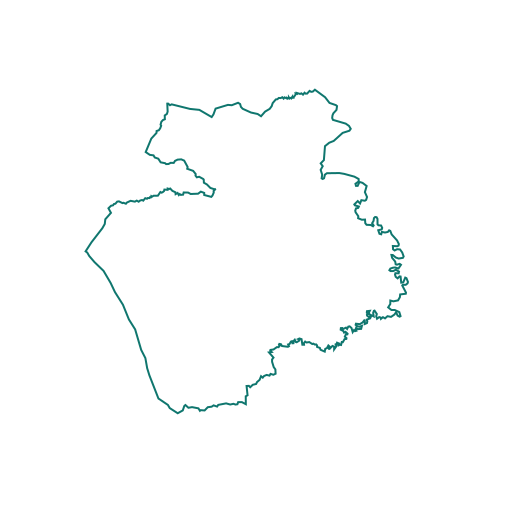 Khok Pho Chai, Khon Kaen, Thailand (Mercator projection), rotated 295°
{"feature_id": "78962969B36064569577825", "entity_name": "Khok Pho Chai", "entity_type": "district", "adm_level": 2, "iso_a3": "THA", "parent_name": "Thailand", "parent_adm1": "Khon Kaen", "projection": "mercator", "projection_center": [102.392, 16.069], "detail": "fine", "context": "isolated", "style": "outline", "palette": "teal", "viewbox_px": 512, "rotation_deg": 295, "n_neighbors": 0, "source": "geoboundaries", "source_scale": "gbopen_adm2", "svg_char_len": 6151}
<svg xmlns="http://www.w3.org/2000/svg" viewBox="0 0 512 512"><g transform="rotate(295 256 256)"><path d="M431.6,239.1L429.0,238.0L428.1,236.6L428.3,234.8L424.8,233.7L424.1,232.3L424.5,231.0L422.1,230.4L422.6,228.4L421.5,227.4L421.0,223.9L420.2,224.4L420.0,223.2L419.4,223.7L416.4,223.2L415.6,222.4L415.2,222.9L414.7,222.1L415.6,221.6L413.8,221.3L414.1,220.8L413.1,219.6L413.6,218.8L412.7,219.2L412.7,218.2L411.8,217.8L412.4,216.7L411.8,216.3L411.8,214.8L410.3,214.5L411.0,212.7L409.6,211.7L408.9,209.9L407.1,209.1L406.3,207.8L401.6,206.5L398.4,206.9L395.1,206.2L390.7,203.2L384.8,201.5L385.4,197.5L383.9,190.8L383.8,181.7L384.8,179.3L387.0,177.4L387.3,175.0L382.4,170.3L381.1,166.7L372.5,157.1L366.3,157.6L363.2,157.1L364.5,142.9L361.4,134.0L357.8,115.5L356.3,114.3L357.0,112.0L356.6,111.2L349.5,114.9L347.1,115.2L344.8,113.9L341.4,115.6L339.9,114.2L337.6,113.5L334.7,114.0L334.0,115.0L331.2,115.2L328.9,114.8L327.3,113.1L325.5,113.8L318.2,111.5L303.6,112.1L302.8,117.0L303.9,120.6L302.5,122.6L302.9,126.3L300.6,130.0L301.7,134.4L301.3,135.7L302.4,137.8L304.4,139.3L305.6,142.1L308.0,142.4L310.2,144.2L312.0,147.4L312.1,150.6L307.8,156.4L306.0,156.8L306.6,163.1L304.8,166.7L303.3,167.2L302.3,169.1L303.8,171.0L303.5,175.5L303.2,176.3L300.4,177.8L300.1,181.3L298.4,185.9L298.9,190.1L299.8,191.1L297.0,190.1L295.6,190.9L292.4,191.0L290.7,190.5L289.4,183.3L291.3,182.4L291.0,178.8L288.0,177.2L284.6,170.6L284.8,167.7L283.0,163.6L280.8,164.0L279.6,162.0L279.9,160.7L278.6,160.3L280.0,158.3L278.1,157.0L279.7,156.0L279.7,152.7L280.9,149.7L280.0,149.0L279.8,147.4L278.6,147.9L277.5,144.9L276.0,145.2L274.5,144.5L273.5,143.7L273.6,142.3L269.2,141.6L267.3,137.7L265.8,136.7L266.0,135.8L264.8,136.0L264.4,135.0L263.5,135.0L262.7,133.3L261.8,133.0L261.6,131.2L258.5,130.4L258.6,129.1L257.4,127.6L255.6,126.7L255.8,124.5L254.1,123.3L253.0,119.0L249.9,116.4L248.4,116.0L248.2,113.3L247.5,112.6L247.6,108.7L246.6,107.2L244.0,106.5L243.1,105.3L241.5,105.0L240.3,103.4L236.9,102.1L233.8,106.3L225.6,103.9L221.1,105.4L216.2,105.0L198.9,101.1L188.2,99.6L187.8,101.6L185.5,104.9L182.2,112.2L178.1,124.1L170.1,135.7L163.7,143.4L155.6,156.0L144.8,167.6L138.4,177.5L122.4,191.6L116.7,198.9L108.3,204.8L102.8,209.8L85.6,227.8L83.8,239.1L81.7,242.1L80.4,251.5L85.1,254.9L89.7,254.4L91.1,255.0L89.9,258.9L92.0,261.9L93.6,268.2L92.0,270.6L92.9,271.0L94.3,274.7L98.6,276.2L100.7,279.5L102.7,280.7L103.1,284.4L105.1,284.7L109.8,291.2L110.5,295.4L112.5,298.0L112.7,300.2L113.8,301.8L116.0,301.6L117.6,305.0L117.4,309.4L124.5,306.0L126.2,307.2L134.2,302.4L135.3,304.4L134.6,306.2L137.9,307.5L140.1,310.2L142.1,310.2L145.3,311.6L149.2,311.4L148.6,313.5L150.6,314.0L152.7,315.9L153.3,318.8L155.3,319.0L155.7,321.9L157.6,323.5L161.4,321.5L162.8,319.0L166.9,315.3L169.0,314.3L171.3,314.8L174.1,308.5L175.6,310.8L176.3,308.9L177.0,308.8L178.7,311.4L182.2,313.4L182.9,315.0L184.6,315.4L185.2,314.3L186.2,314.3L186.6,315.9L185.4,317.6L187.2,323.3L188.2,324.0L189.4,322.5L190.4,323.6L193.2,323.8L193.9,324.5L192.3,325.9L192.8,326.8L194.9,326.0L196.5,326.5L194.9,328.4L195.0,329.3L197.5,330.9L198.7,330.8L198.6,329.4L199.6,330.2L199.9,332.4L195.2,335.5L195.9,337.0L197.2,336.2L199.2,336.7L198.9,338.2L200.5,340.7L200.0,344.2L200.8,345.0L200.6,346.9L201.3,347.8L200.8,349.1L199.4,349.8L199.7,352.7L198.3,354.1L198.4,358.7L201.1,358.0L202.5,359.2L205.5,359.4L205.1,360.7L203.5,360.5L202.7,361.3L202.9,361.9L206.8,363.3L206.9,365.1L204.4,366.3L208.4,367.0L209.6,365.5L210.6,366.3L211.7,366.1L211.8,368.1L210.4,367.9L209.9,368.6L211.0,369.4L211.3,370.7L214.3,370.1L214.6,371.1L218.1,371.4L219.0,372.9L219.8,372.7L220.4,370.6L223.1,370.6L223.6,371.9L224.3,371.8L225.1,369.2L223.8,368.2L224.9,366.9L225.0,363.9L226.5,363.4L227.2,364.7L226.6,365.8L229.1,367.8L228.4,369.4L231.0,369.5L231.8,370.6L231.1,373.0L227.9,375.8L230.2,376.1L229.7,377.5L230.7,378.6L231.9,377.2L233.2,377.1L232.8,379.3L234.4,382.1L237.4,381.5L235.6,379.7L235.2,377.2L235.7,375.4L236.9,375.2L238.1,378.9L240.8,380.7L243.4,381.3L243.1,382.1L240.3,383.3L242.1,384.9L243.8,384.5L245.1,383.2L247.7,385.8L249.6,385.8L250.0,385.5L248.4,383.9L248.9,381.9L249.6,381.4L250.6,381.9L251.4,380.4L252.9,379.9L254.4,382.3L252.5,382.2L251.1,383.3L251.0,388.2L254.0,386.2L256.1,386.0L256.6,386.5L254.5,390.0L252.2,390.4L250.3,392.2L252.7,393.5L252.9,394.9L251.8,395.8L254.2,396.9L254.0,399.3L257.0,400.6L257.9,404.1L261.4,406.2L264.2,406.7L261.8,409.6L261.7,411.8L262.6,412.4L265.7,409.6L265.7,404.5L264.3,401.6L265.3,397.5L269.2,398.0L272.4,396.6L273.0,399.7L275.8,403.5L279.5,403.8L282.1,402.9L285.1,407.7L286.2,407.4L291.1,401.0L291.9,401.2L293.2,403.9L295.2,404.9L296.7,404.7L299.5,401.7L299.5,400.4L294.4,400.6L293.2,398.9L298.5,395.7L298.2,394.7L295.6,393.8L296.2,391.4L297.8,389.9L299.3,389.6L300.6,392.6L302.3,392.2L302.6,388.5L300.3,386.7L299.2,384.3L299.5,382.9L301.4,383.1L303.3,385.1L304.4,386.9L304.9,390.4L309.3,391.1L309.6,389.5L307.7,387.4L307.5,386.1L309.8,384.5L311.9,380.1L314.2,378.3L314.7,379.5L313.7,383.4L314.0,386.4L316.4,389.9L318.0,390.0L321.0,387.0L322.8,383.8L321.8,381.0L319.6,379.3L320.0,377.4L322.9,375.8L324.6,380.0L325.7,380.8L327.2,380.4L329.7,377.3L332.9,369.8L335.5,367.1L335.5,365.8L333.5,365.3L331.8,363.0L331.0,359.9L328.6,360.3L328.3,358.5L331.0,355.9L333.3,358.7L334.8,358.5L336.5,356.5L335.6,354.0L336.0,352.8L341.0,350.4L342.1,348.9L341.7,347.5L340.2,346.9L337.5,347.7L334.8,347.4L333.4,349.7L332.4,349.5L332.6,346.9L331.0,343.0L331.9,341.2L335.1,339.4L333.6,336.6L333.4,332.6L335.3,331.9L337.7,327.8L339.0,326.8L341.4,326.5L342.8,328.3L344.3,328.3L343.7,324.2L344.3,323.3L348.8,325.0L347.6,328.1L351.1,327.9L352.1,331.3L353.4,332.1L356.4,331.7L359.9,327.7L366.2,326.7L367.3,321.7L367.0,319.3L366.2,318.5L362.5,318.5L361.8,317.0L363.5,315.6L367.1,317.6L369.2,316.4L369.5,311.6L367.7,301.2L366.4,296.5L361.0,285.3L358.9,284.1L355.2,284.8L354.0,283.9L354.1,282.7L357.7,281.6L361.4,278.2L365.6,278.5L367.3,275.5L371.6,277.0L384.7,272.1L389.6,274.5L393.1,277.8L404.2,282.5L409.0,287.7L411.3,288.1L413.2,285.3L413.9,281.4L411.9,268.2L413.3,266.7L415.8,265.9L418.0,265.8L422.4,267.2L426.1,266.1L426.5,264.7L425.8,257.9L429.1,251.5L431.6,239.1Z" fill="none" stroke="#0f766e" stroke-width="2"/></g></svg>